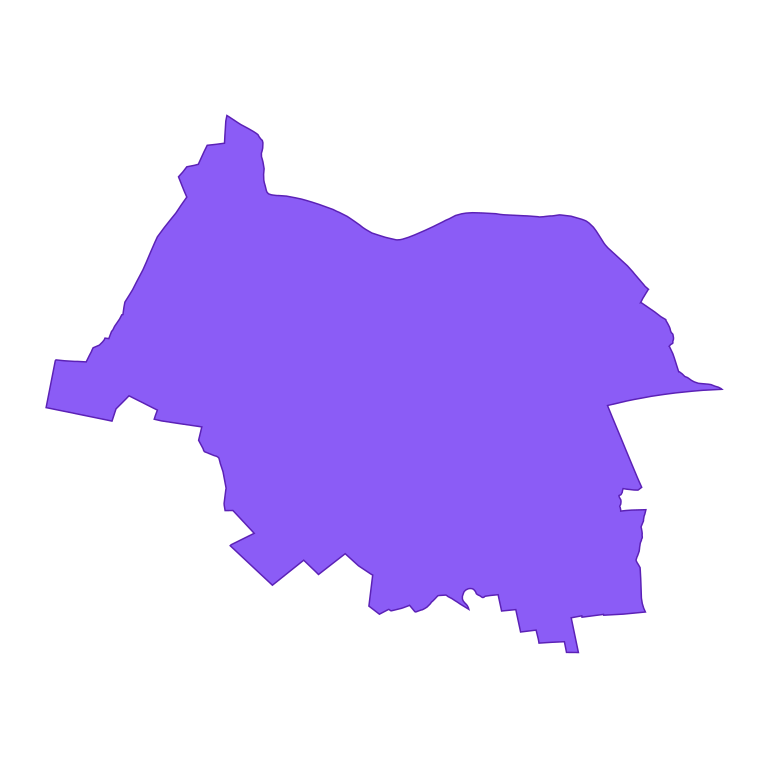 outline of Vetis, Satu Mare, Romania
{"feature_id": "2599482B41100527778535", "entity_name": "Vetis", "entity_type": "district", "adm_level": 2, "iso_a3": "ROU", "parent_name": "Romania", "parent_adm1": "Satu Mare", "projection": "natural_earth1", "projection_center": [22.756, 47.784], "detail": "fine", "context": "isolated", "style": "filled", "palette": "violet", "viewbox_px": 768, "rotation_deg": 0, "n_neighbors": 0, "source": "geoboundaries", "source_scale": "gbopen_adm2", "svg_char_len": 5472}
<svg xmlns="http://www.w3.org/2000/svg" viewBox="0 0 768 768"><path d="M468.8,609.3L468.3,607.6L467.8,606.6L467.3,605.7L466.4,604.5L464.7,602.8L463.3,601.1L462.7,599.8L462.4,598.7L462.4,597.2L462.4,596.4L462.6,595.7L463.4,593.4L463.9,592.1L464.4,591.3L465.8,590.0L467.5,589.1L468.6,588.7L470.1,588.5L471.2,588.6L472.2,588.7L473.6,589.4L474.8,590.7L475.7,592.0L476.0,592.9L476.5,593.9L478.3,595.1L479.4,595.5L480.4,596.1L481.9,597.2L482.7,597.5L483.5,597.4L484.1,597.1L484.5,596.6L485.4,596.2L490.2,595.5L498.1,594.7L501.6,611.0L515.8,609.6L520.6,632.0L536.1,630.1L538.3,639.1L538.6,640.7L539.0,643.1L551.5,642.3L564.4,641.7L566.5,652.4L578.4,652.5L571.2,617.8L581.8,615.8L582.0,617.2L603.5,614.4L603.7,615.2L623.6,614.1L645.4,612.0L643.7,608.2L642.3,603.6L641.4,598.1L640.9,583.5L640.8,581.1L640.7,578.4L640.4,572.8L640.3,570.7L640.2,569.4L640.1,568.2L640.1,567.7L639.4,566.4L638.2,564.3L637.2,562.8L636.3,561.0L636.1,560.3L636.1,559.6L636.4,558.9L636.7,557.9L636.9,557.2L637.6,555.7L638.2,554.0L638.7,552.6L638.9,551.9L639.2,551.2L639.3,550.2L639.5,548.8L639.6,547.6L639.8,546.1L640.0,545.1L640.1,544.0L640.5,542.4L641.0,541.3L641.4,540.3L641.5,539.3L642.0,538.5L642.3,537.3L642.1,535.1L642.2,533.6L642.0,531.7L641.4,528.3L641.1,527.4L641.1,526.7L643.5,520.9L643.5,519.6L644.1,516.1L644.8,514.2L645.9,509.7L631.7,510.1L626.0,510.5L620.7,511.1L620.7,509.9L620.4,508.4L620.2,507.5L619.7,506.4L620.0,505.6L620.7,504.3L620.9,502.9L621.0,501.1L620.7,499.5L620.0,498.5L619.1,496.6L619.0,495.5L619.5,495.2L620.2,495.1L621.0,494.6L621.4,493.9L622.2,492.4L622.5,490.6L623.1,488.6L626.8,489.2L630.6,489.6L634.0,490.0L637.3,490.1L638.2,490.0L641.7,487.3L639.1,481.5L637.4,477.6L631.7,464.0L626.5,451.5L620.1,436.0L612.1,416.8L607.5,405.5L626.2,401.1L634.5,399.4L642.2,398.0L651.3,396.3L664.1,394.4L675.6,392.9L692.2,391.2L702.8,390.3L721.9,389.3L721.1,388.6L718.4,387.2L715.0,386.2L711.0,384.6L708.4,384.2L703.8,383.8L698.4,383.3L694.3,381.9L691.5,380.4L687.6,377.6L684.8,376.5L682.2,373.9L679.4,371.8L678.7,371.8L676.6,365.2L674.3,357.9L672.8,353.6L669.6,346.9L669.1,346.3L670.6,344.6L672.6,343.4L672.8,343.1L672.9,342.8L672.8,341.6L672.9,341.0L673.1,340.5L673.5,339.1L673.5,337.7L672.9,334.3L672.1,333.3L671.4,332.8L670.6,331.0L670.0,328.5L669.5,327.1L668.1,324.3L666.0,320.6L665.8,319.6L660.9,316.7L654.8,312.0L641.0,302.5L640.6,302.6L642.1,299.8L642.6,298.7L648.1,289.7L648.5,289.3L645.0,286.3L644.0,285.0L641.5,282.1L634.3,273.7L632.8,271.8L630.0,268.7L627.4,265.8L621.3,260.2L607.9,247.9L605.4,245.1L603.9,243.1L601.9,239.9L599.1,235.5L596.2,231.0L593.4,227.2L589.1,223.1L586.3,221.1L584.5,220.3L581.8,219.3L571.1,216.2L561.1,215.0L559.3,214.9L552.5,215.9L549.5,216.0L545.0,216.5L544.4,216.6L543.7,216.7L539.5,217.0L537.8,216.7L536.5,216.6L530.1,216.1L527.0,215.9L524.4,215.8L516.5,215.4L510.2,215.1L504.0,214.8L500.1,214.4L495.7,213.7L482.7,213.0L472.7,212.7L469.4,212.9L466.1,213.1L461.7,213.8L455.5,215.5L449.2,218.8L445.7,220.3L442.5,222.0L436.6,224.9L433.4,226.5L425.0,230.4L414.4,235.0L408.5,237.3L402.5,239.2L400.1,239.7L397.2,239.9L396.0,239.8L388.6,238.1L385.3,237.3L378.3,235.1L371.9,233.0L366.0,229.6L362.8,227.5L359.8,225.1L354.0,221.0L350.8,218.8L347.2,216.4L339.1,212.3L336.9,211.4L333.1,209.5L326.2,207.0L319.0,204.4L311.9,202.1L306.2,200.4L301.5,199.1L295.4,197.8L286.4,196.1L279.6,195.6L276.5,195.5L273.2,195.1L271.4,194.8L269.8,194.3L268.5,193.8L267.0,192.2L266.3,190.4L265.2,185.8L264.3,182.7L263.8,180.1L263.6,174.4L264.1,168.8L263.5,165.1L263.0,162.1L262.2,159.0L261.5,156.8L261.4,153.2L262.1,150.9L262.7,148.1L262.9,143.5L262.9,142.6L262.3,140.4L260.9,139.1L259.9,137.8L259.2,136.9L258.0,134.7L256.6,133.6L253.6,131.6L248.4,128.6L240.9,124.6L237.9,122.7L234.9,120.7L229.0,116.8L226.9,115.5L225.8,121.1L225.4,127.7L224.9,135.5L224.5,143.2L216.3,144.3L207.2,145.3L204.1,151.6L201.4,157.5L198.3,164.3L194.5,165.3L186.8,166.8L182.8,172.0L178.5,176.8L182.1,185.9L184.2,191.1L186.8,197.1L180.9,205.5L176.2,212.6L175.2,213.9L171.2,218.8L164.3,227.5L157.4,236.8L155.0,242.0L150.6,252.1L146.1,262.7L142.9,269.9L136.3,282.4L132.6,289.7L129.6,294.6L124.9,302.1L124.0,306.9L122.9,314.6L121.8,314.8L119.6,319.0L114.6,326.3L112.9,329.8L111.5,331.5L108.8,338.6L105.0,338.1L104.2,339.9L102.5,342.0L99.4,345.1L93.1,347.8L91.9,350.3L91.5,351.4L89.4,355.4L86.2,361.9L77.3,361.4L74.5,361.4L64.8,360.8L56.0,359.9L55.3,360.7L46.1,407.6L106.3,419.9L112.0,421.1L116.0,408.9L125.6,399.3L129.0,395.8L152.2,407.5L157.4,410.1L155.4,415.5L154.2,419.2L161.5,420.9L181.3,423.9L201.8,426.9L198.6,440.3L202.2,447.0L203.1,448.7L203.7,450.6L204.5,451.7L213.9,455.5L216.6,456.3L217.9,457.1L218.9,458.1L219.9,461.8L220.3,463.5L223.0,471.7L224.4,479.1L226.0,487.6L226.1,488.8L225.9,489.3L225.8,489.8L224.1,503.3L224.2,505.2L225.1,510.6L232.9,510.5L233.1,510.8L233.4,511.0L254.2,533.3L231.2,544.7L230.5,545.4L230.2,545.7L258.6,572.3L272.4,585.2L303.7,560.2L315.5,571.5L318.5,574.5L345.2,553.7L358.5,565.8L371.4,574.4L372.7,575.0L371.4,585.7L368.9,606.1L379.4,614.2L388.4,609.5L388.9,609.4L390.7,610.7L391.2,610.8L391.8,610.7L393.5,610.3L401.6,608.3L403.6,607.6L406.3,606.6L408.2,605.9L409.3,605.4L409.5,605.3L409.8,605.6L414.8,611.6L415.3,611.9L416.3,611.8L418.1,611.1L419.2,610.7L420.9,610.1L422.5,609.7L424.6,608.6L427.0,607.1L428.3,605.8L430.4,603.7L431.4,602.2L432.7,601.1L434.8,599.0L437.7,595.9L438.1,595.7L439.0,595.5L445.4,595.1L445.9,595.1L446.4,595.3L448.1,596.6L451.9,598.6L454.6,600.4L457.5,602.2L460.1,604.0L468.8,609.3Z" fill="#8b5cf6" stroke="#5b21b6" stroke-width="1.5"/></svg>